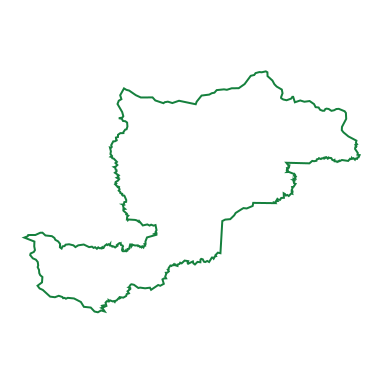 outline of Tarazá, Antioquia, Colombia, rotated 91°
{"feature_id": "7082276B33754043012345", "entity_name": "Tarazá", "entity_type": "district", "adm_level": 2, "iso_a3": "COL", "parent_name": "Colombia", "parent_adm1": "Antioquia", "projection": "natural_earth1", "projection_center": [-75.344, 7.488], "detail": "fine", "context": "isolated", "style": "outline", "palette": "green", "viewbox_px": 384, "rotation_deg": 91, "n_neighbors": 0, "source": "geoboundaries", "source_scale": "gbopen_adm2", "svg_char_len": 6003}
<svg xmlns="http://www.w3.org/2000/svg" viewBox="0 0 384 384"><g transform="rotate(91 192 192)"><path d="M313.0,277.2L310.1,279.2L309.5,280.4L308.9,278.9L307.3,280.0L306.8,278.1L308.5,278.0L307.4,275.6L304.1,276.5L302.7,275.3L302.9,273.6L301.6,273.6L302.4,272.6L301.8,272.0L302.8,269.2L302.4,268.2L303.3,267.3L302.2,266.8L301.7,265.5L299.5,263.5L299.9,263.0L299.4,262.0L298.4,262.2L298.8,258.8L297.1,256.0L295.2,255.5L294.4,253.3L292.4,254.7L290.4,252.4L290.1,252.8L289.4,252.2L288.6,253.5L288.4,252.8L288.0,253.2L285.7,251.7L285.3,250.8L285.8,248.4L288.9,244.0L288.5,242.2L289.1,237.2L288.4,232.4L290.5,231.2L285.6,224.2L286.3,222.1L284.3,218.6L279.9,220.0L279.0,218.7L278.8,216.4L277.1,217.3L274.2,216.3L273.2,216.7L273.0,215.2L271.8,213.8L270.1,214.8L269.9,214.0L268.4,214.0L265.9,212.3L266.3,211.2L265.7,210.6L265.4,208.5L264.9,209.2L264.4,208.7L265.3,208.0L264.9,207.3L265.7,206.9L266.2,205.2L264.8,205.1L264.1,203.2L262.9,202.6L263.5,201.1L260.7,198.2L261.2,194.6L262.9,195.2L263.8,194.6L261.4,189.9L263.3,189.4L264.4,187.8L261.8,185.3L262.1,182.4L259.4,182.3L258.7,181.6L259.1,180.1L261.5,178.8L261.8,177.5L260.7,175.6L261.7,173.7L257.2,171.0L257.2,170.1L258.3,169.2L256.1,168.0L255.7,166.8L254.7,167.4L252.2,165.1L252.7,162.5L220.5,161.2L219.0,158.3L218.5,153.3L214.6,149.4L212.2,148.0L208.5,142.4L207.2,140.3L207.5,137.0L204.9,131.1L201.8,130.6L201.7,108.5L201.0,109.1L201.1,108.1L199.7,107.8L199.6,106.7L199.0,107.4L197.4,106.5L198.2,105.5L198.3,103.8L196.4,102.7L196.2,100.0L191.7,100.3L192.4,99.0L193.9,98.0L193.3,96.6L194.3,95.2L191.7,92.7L192.0,91.7L190.2,92.2L190.1,91.5L189.4,91.5L188.4,92.4L186.6,91.6L185.3,92.0L185.1,90.6L182.0,88.6L181.4,90.1L179.5,90.6L179.0,89.8L178.4,90.8L178.4,90.2L176.9,90.7L177.1,88.8L175.4,89.2L174.8,88.4L173.6,89.3L173.6,90.0L172.9,89.4L172.4,89.8L172.9,90.1L172.2,90.3L170.3,95.4L170.4,97.4L169.7,96.6L168.9,97.6L167.9,97.5L168.0,96.8L166.5,97.3L166.5,96.3L165.4,96.1L165.6,95.5L163.6,95.1L163.4,96.3L161.1,98.2L161.3,75.1L158.8,72.3L159.1,70.5L158.6,68.1L157.2,67.8L156.6,65.9L156.0,65.6L156.8,63.7L156.0,62.6L156.3,60.2L155.9,59.7L155.3,60.2L154.8,58.4L156.0,57.2L155.5,56.6L156.1,56.5L155.4,55.2L155.7,53.3L157.4,52.3L157.9,51.1L157.4,50.1L158.8,49.9L158.9,47.6L159.4,47.3L158.9,46.5L159.5,46.7L158.4,45.6L158.6,44.9L157.4,42.7L158.2,36.4L156.0,34.5L156.4,34.0L156.0,32.6L155.4,32.6L155.9,32.1L155.4,31.3L156.8,29.7L155.8,29.3L156.0,27.6L154.6,27.2L154.5,26.1L152.2,25.1L151.9,27.2L150.1,26.9L146.1,29.7L144.4,29.5L144.2,28.7L143.4,28.4L142.1,29.4L141.4,27.9L140.1,29.0L137.8,28.5L133.7,36.6L129.7,41.6L127.6,43.3L124.3,43.2L116.2,39.1L110.3,39.5L108.6,40.8L106.3,46.7L106.5,49.1L107.8,51.4L108.4,54.0L106.6,56.8L106.3,59.0L106.8,60.2L108.4,61.1L108.5,62.8L107.6,65.3L105.3,66.9L105.0,69.9L102.0,71.5L99.0,76.0L99.8,81.2L98.6,85.4L100.5,90.7L95.1,92.5L95.1,93.3L96.9,94.5L98.6,99.0L97.9,102.4L96.7,104.4L95.7,104.6L91.7,103.2L88.0,104.0L85.1,109.2L82.8,111.5L79.2,113.5L74.8,118.5L71.0,118.7L70.1,120.3L71.1,124.4L70.9,126.7L72.0,130.5L73.9,131.8L74.8,135.3L83.2,141.3L87.4,147.1L87.6,154.1L89.2,158.9L88.8,161.8L89.7,169.1L92.3,171.3L92.9,174.0L94.3,176.4L95.4,184.1L101.6,188.9L104.2,189.8L101.0,206.6L103.4,213.2L102.1,217.7L102.7,220.8L103.7,222.1L101.1,230.3L98.1,233.1L98.4,244.8L96.2,249.8L91.7,256.6L91.0,259.4L89.6,261.8L96.5,265.5L100.4,264.2L102.0,266.8L105.3,268.0L113.3,263.2L117.4,262.0L118.8,262.9L119.5,266.5L120.0,263.5L122.2,262.2L122.4,259.9L123.7,258.1L127.6,257.7L130.4,258.5L130.8,259.9L133.3,261.6L134.3,261.6L134.4,264.7L136.1,267.0L138.3,267.0L138.9,269.0L141.3,268.7L141.3,267.5L142.7,270.1L142.7,271.6L146.6,273.6L148.3,273.0L149.3,273.8L149.0,274.8L152.7,273.8L155.5,274.2L157.3,272.7L158.2,273.9L158.6,272.6L159.6,272.3L160.0,270.8L163.2,267.6L164.4,269.0L166.3,267.1L168.0,268.8L168.4,270.4L169.2,269.1L171.0,268.7L171.5,267.8L172.8,267.8L174.1,269.4L176.6,265.6L177.2,266.5L178.4,265.8L179.1,267.4L180.4,265.1L181.9,266.2L183.3,268.5L184.1,268.7L184.8,267.9L185.6,269.0L187.6,266.9L188.1,265.4L188.7,265.9L189.1,265.0L190.7,264.5L191.9,265.3L193.1,263.8L194.2,263.7L195.0,261.8L195.9,262.0L196.8,261.1L196.6,260.1L197.2,259.4L201.2,257.6L203.0,257.7L203.3,259.5L205.6,260.0L205.7,261.1L206.2,260.0L206.6,260.8L208.9,260.2L210.1,258.7L210.4,260.3L211.8,260.3L214.8,256.8L215.6,257.3L216.8,255.3L217.9,256.4L220.6,256.6L220.5,255.9L221.3,255.6L220.6,255.0L220.9,248.6L221.3,246.8L222.8,244.6L222.0,244.3L226.3,240.6L225.2,236.1L226.3,233.8L225.4,232.3L226.3,229.9L225.7,227.9L230.8,226.8L232.2,227.6L233.3,227.0L234.2,228.5L234.4,226.8L235.4,226.8L238.2,236.2L242.3,237.7L244.7,237.5L244.9,238.6L246.5,237.9L247.0,239.0L248.2,239.5L247.5,240.1L248.1,241.0L247.3,241.1L248.0,242.9L247.0,243.5L247.1,244.9L246.3,245.2L246.5,248.0L245.8,250.5L247.0,251.3L245.5,251.3L245.5,252.9L249.9,253.9L250.1,255.4L251.6,255.4L252.3,256.5L251.5,257.1L252.3,257.6L252.4,260.1L251.8,260.8L250.8,260.9L250.4,260.0L249.3,260.7L247.6,260.0L246.8,260.4L246.2,262.1L244.4,262.4L244.8,263.1L244.4,263.7L245.8,265.5L246.4,266.2L247.1,265.6L248.8,267.9L247.8,269.4L248.0,270.6L247.5,270.7L246.9,273.1L245.6,273.0L246.5,273.6L245.7,274.4L246.5,275.7L245.8,276.4L247.5,278.5L249.5,279.5L249.9,281.1L249.0,281.1L249.8,282.4L249.8,283.6L249.0,284.8L250.4,286.1L248.9,287.9L249.6,289.4L248.4,291.1L248.9,293.9L246.4,299.3L247.3,304.8L249.1,307.6L247.4,309.6L246.4,314.0L246.9,317.5L248.3,318.5L248.6,320.5L250.8,321.4L249.6,323.1L246.2,323.0L243.7,325.0L242.2,327.8L240.3,328.8L238.6,331.3L238.0,337.8L235.3,340.8L235.4,343.0L237.7,347.8L237.9,355.0L239.1,355.5L240.5,358.9L244.3,348.7L249.1,348.8L252.8,348.0L254.7,349.1L256.3,352.3L257.9,352.7L261.1,350.0L262.4,346.9L264.7,345.0L268.1,344.5L269.8,345.0L272.6,343.6L275.8,343.3L277.8,342.3L279.6,340.1L285.0,340.4L288.4,344.8L291.1,342.7L292.5,339.5L299.1,332.0L299.6,327.2L298.1,323.4L299.3,319.7L300.4,319.0L300.1,317.5L300.9,316.2L300.0,314.4L300.5,308.1L303.9,301.2L308.7,298.1L309.3,291.2L313.2,287.4L313.9,284.0L312.0,280.8L313.0,277.2Z" fill="none" stroke="#15803d" stroke-width="2"/></g></svg>